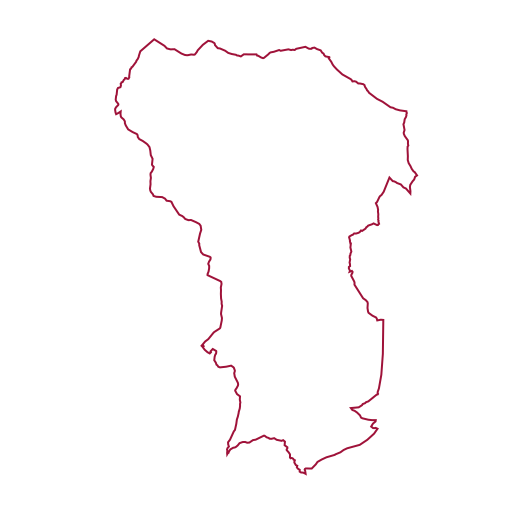 the district of Tomesti, Timis, Romania, rotated 185°
{"feature_id": "2599482B57417690654468", "entity_name": "Tomesti", "entity_type": "district", "adm_level": 2, "iso_a3": "ROU", "parent_name": "Romania", "parent_adm1": "Timis", "projection": "mercator", "projection_center": [22.341, 45.744], "detail": "fine", "context": "isolated", "style": "outline", "palette": "rose", "viewbox_px": 512, "rotation_deg": 185, "n_neighbors": 0, "source": "geoboundaries", "source_scale": "gbopen_adm2", "svg_char_len": 6063}
<svg xmlns="http://www.w3.org/2000/svg" viewBox="0 0 512 512"><g transform="rotate(185 256 256)"><path d="M389.1,449.8L390.1,445.4L390.2,444.1L391.0,441.9L392.1,440.2L392.3,439.1L395.6,433.7L396.5,433.1L396.7,431.9L397.7,431.0L398.0,424.0L397.8,422.9L398.5,421.4L399.7,421.3L401.1,422.1L401.9,421.9L402.3,420.5L403.0,420.0L404.0,417.7L405.1,417.3L405.3,416.4L405.8,415.8L405.4,414.2L405.7,412.5L406.2,412.1L408.1,411.4L408.8,409.8L408.9,404.5L409.3,403.2L409.4,399.6L408.9,398.1L406.5,395.6L406.3,395.1L406.4,394.4L408.3,392.1L409.1,390.5L409.1,389.3L408.4,386.6L407.7,385.1L405.5,386.5L403.4,388.2L403.4,385.9L402.9,383.5L402.3,382.4L399.8,380.6L398.7,379.2L398.3,378.3L398.2,376.9L397.1,374.7L394.4,371.0L389.7,368.7L385.3,367.1L384.5,366.1L384.1,364.2L382.5,362.3L378.8,360.7L375.2,358.6L373.9,357.7L371.6,355.2L370.5,351.8L369.6,347.3L367.5,343.8L367.6,338.0L367.2,337.3L365.6,335.8L366.0,333.7L367.1,331.0L368.2,329.3L368.2,327.8L367.5,324.6L367.7,321.4L367.3,318.2L367.5,313.9L367.0,312.0L366.3,310.7L364.0,308.4L363.3,306.9L360.6,306.3L354.6,306.5L351.6,305.2L349.9,303.3L346.3,303.1L345.0,302.6L342.5,298.4L336.1,290.5L333.0,289.4L331.2,288.2L330.0,286.9L329.0,286.5L326.4,285.8L323.9,286.2L318.8,284.5L315.3,283.0L313.8,281.3L312.8,277.3L313.7,273.5L314.8,265.2L313.6,263.4L313.5,261.8L311.1,255.1L308.7,252.9L302.0,251.2L301.2,250.7L301.0,250.2L301.1,248.6L302.3,246.3L302.9,244.0L301.8,242.1L301.6,239.8L301.9,236.4L302.7,233.7L302.6,232.7L289.5,227.9L288.4,227.2L287.9,225.2L288.3,221.5L287.9,219.0L287.7,215.3L287.1,210.7L286.2,207.5L286.1,205.4L285.4,203.4L285.8,197.0L285.8,195.2L284.5,191.2L284.5,188.7L285.3,181.7L285.5,181.1L286.0,180.5L290.9,176.7L291.7,175.8L296.3,169.0L299.2,166.4L302.4,161.8L301.8,161.3L301.5,161.6L301.6,161.9L300.7,162.2L300.3,161.6L301.3,160.8L298.9,158.1L295.9,155.9L293.6,154.9L292.5,156.2L293.0,157.0L291.0,159.6L287.4,157.9L287.2,157.0L287.3,155.2L287.9,154.4L288.4,152.1L288.5,148.5L286.7,146.2L285.9,144.3L284.9,143.7L283.9,142.4L282.2,141.9L276.1,143.1L271.2,144.6L268.8,143.2L268.3,142.7L267.1,140.1L267.1,139.1L267.5,137.4L266.6,133.9L263.0,128.1L262.6,126.6L262.7,125.3L264.0,122.3L264.8,121.1L265.0,120.0L262.9,116.8L259.7,114.8L259.6,111.4L258.8,108.7L259.0,107.3L258.8,104.9L258.9,102.6L259.6,99.2L259.6,98.2L260.1,94.4L260.8,91.5L261.0,87.1L261.8,80.9L262.8,79.4L265.9,70.7L267.6,68.0L267.3,65.9L266.4,63.8L267.6,62.2L268.0,60.8L267.6,59.6L267.6,57.2L267.4,56.1L267.0,57.0L266.3,57.4L265.9,58.9L264.7,61.1L262.0,63.0L260.4,63.4L259.3,64.1L257.7,65.7L256.1,68.1L253.1,69.5L250.6,69.8L248.5,69.2L246.3,69.6L243.0,72.3L240.3,73.0L232.5,77.7L231.8,77.7L229.6,76.3L227.4,75.8L226.7,75.2L224.8,75.2L222.0,76.1L219.4,74.7L214.4,74.1L212.9,74.9L211.0,73.6L211.0,70.0L208.1,68.2L208.0,67.2L208.6,66.0L208.5,65.3L206.3,63.2L205.1,61.7L204.8,61.1L204.6,58.2L203.9,57.5L202.9,57.9L202.1,57.7L201.2,57.2L200.8,56.4L199.5,55.9L199.8,54.7L199.8,53.6L198.1,51.2L196.6,50.6L196.9,49.1L195.9,47.9L193.8,46.8L193.7,45.0L192.4,44.3L190.0,44.3L187.6,43.3L188.3,46.3L188.9,47.3L188.7,48.1L187.9,48.7L182.0,49.1L178.3,53.6L176.8,56.2L172.8,59.0L168.3,61.6L160.1,64.8L159.8,65.2L154.8,67.8L151.8,70.4L148.4,72.4L136.2,76.9L129.1,82.6L122.9,89.3L119.9,94.5L121.8,95.2L123.2,94.8L124.4,94.8L126.4,96.1L124.9,99.2L122.5,101.6L122.4,102.9L126.1,102.6L129.9,102.7L135.9,103.6L137.3,104.2L138.5,106.3L141.7,108.9L144.3,110.4L146.6,111.0L148.2,112.8L140.5,114.2L137.4,116.6L136.8,117.8L134.5,118.9L133.6,120.0L131.5,120.9L123.7,128.4L122.7,128.7L122.4,129.3L122.9,130.3L122.9,131.3L122.0,134.8L120.8,148.6L121.1,169.5L123.6,203.4L126.1,203.4L129.6,202.4L130.2,204.1L131.0,205.2L134.8,206.7L138.9,209.2L139.5,210.3L140.4,213.9L140.5,218.4L140.9,219.8L142.8,221.6L145.6,223.2L155.4,236.0L155.5,237.9L155.9,239.1L159.4,244.5L159.4,245.5L158.5,247.6L158.4,248.6L159.2,249.5L161.3,248.5L161.0,249.4L162.4,251.7L162.5,253.2L161.4,254.1L161.7,256.3L162.2,257.5L161.9,260.9L162.5,262.4L162.6,264.4L162.1,265.2L162.1,266.6L161.4,268.7L162.7,272.7L162.6,276.4L162.9,276.3L163.8,279.1L163.7,279.6L164.9,282.8L164.6,283.6L162.2,285.3L161.5,285.5L160.2,287.0L158.3,287.1L156.2,287.9L154.9,288.7L153.6,290.6L152.5,290.2L149.3,292.8L148.6,294.3L147.6,295.0L147.1,295.9L146.4,296.3L143.2,297.7L141.7,298.7L138.0,297.3L137.1,297.6L137.0,298.1L136.2,298.8L137.1,301.0L137.0,301.9L137.5,302.8L137.4,304.4L137.7,305.3L137.8,308.3L138.4,311.0L138.4,312.7L139.2,315.5L141.2,319.1L140.1,320.4L138.2,325.5L137.6,326.5L136.3,327.7L134.4,331.1L129.9,345.8L126.3,342.5L124.9,342.4L123.2,341.8L121.9,341.0L117.9,339.9L115.1,337.2L112.5,336.3L107.7,331.7L107.8,334.0L108.7,338.2L108.5,340.4L106.5,344.1L105.1,346.0L104.4,348.8L102.6,350.3L105.2,353.4L106.4,354.0L108.4,356.3L110.0,359.1L112.0,361.8L113.2,364.9L113.4,368.6L114.4,375.8L114.5,378.2L113.9,379.3L114.4,380.9L114.6,383.7L114.9,384.6L118.2,388.4L119.4,390.6L119.6,391.7L119.0,394.5L120.6,400.1L120.0,401.9L119.8,405.2L118.7,407.6L118.4,409.2L118.6,410.1L118.2,411.6L118.7,412.6L118.8,413.3L125.2,413.6L129.7,414.4L132.4,415.6L135.0,415.9L143.3,420.7L149.2,423.1L157.7,428.5L158.6,429.8L159.8,430.7L160.2,431.6L162.2,434.1L162.8,435.7L164.1,436.5L167.3,436.9L169.2,436.8L171.5,438.4L173.2,438.7L175.1,438.3L176.3,439.9L177.2,440.5L185.8,444.4L191.7,448.9L194.9,451.8L196.3,453.4L198.0,456.1L200.7,459.2L200.2,460.2L200.3,460.5L204.2,460.9L205.6,462.1L206.3,463.5L207.8,464.3L209.5,466.5L213.4,467.5L215.9,468.7L218.2,468.1L218.7,467.3L220.3,467.1L221.6,467.2L225.0,468.7L234.0,465.9L235.4,464.6L237.4,464.7L239.0,464.2L241.7,464.7L249.3,462.6L250.9,463.2L256.0,461.0L259.2,460.1L260.1,459.5L261.4,457.9L265.3,454.1L266.2,453.7L268.2,454.2L271.3,455.7L272.3,455.7L273.1,456.9L285.8,455.8L288.5,453.5L290.9,454.1L292.4,454.1L293.5,454.7L297.7,455.1L301.4,455.9L304.6,457.8L310.0,459.6L312.2,459.7L315.2,462.5L315.7,464.1L316.1,464.5L318.8,465.8L322.4,466.2L327.3,461.8L332.0,455.8L332.7,454.1L334.4,451.5L335.2,451.1L338.2,451.1L341.4,450.1L342.9,450.0L344.5,450.1L348.0,451.2L355.2,454.9L359.2,454.4L362.8,455.0L365.5,457.4L376.3,463.0L389.1,449.8Z" fill="none" stroke="#9f1239" stroke-width="2"/></g></svg>